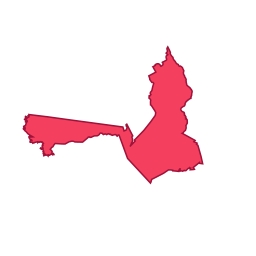 Marín, Nuevo León, Mexico (Natural Earth projection), rotated 229°
{"feature_id": "50627088B14710465846711", "entity_name": "Marín", "entity_type": "district", "adm_level": 2, "iso_a3": "MEX", "parent_name": "Mexico", "parent_adm1": "Nuevo León", "projection": "natural_earth1", "projection_center": [-99.927, 25.886], "detail": "fine", "context": "isolated", "style": "filled", "palette": "rose", "viewbox_px": 256, "rotation_deg": 229, "n_neighbors": 0, "source": "geoboundaries", "source_scale": "gbopen_adm2", "svg_char_len": 5795}
<svg xmlns="http://www.w3.org/2000/svg" viewBox="0 0 256 256"><g transform="rotate(229 128 128)"><path d="M163.1,211.2L162.7,210.0L162.4,209.5L161.7,209.0L160.1,208.2L159.8,207.8L159.6,206.4L159.6,206.1L159.4,205.8L158.9,205.8L157.7,206.2L157.2,206.2L157.1,205.9L157.3,204.8L157.2,203.9L156.3,203.1L155.8,202.7L155.1,202.6L154.5,202.2L154.2,201.9L154.1,201.5L154.1,201.0L154.3,200.4L154.5,199.0L154.9,197.9L155.1,197.0L154.9,196.8L154.4,196.8L154.1,196.9L153.7,196.8L153.4,196.6L153.1,196.3L152.7,195.3L152.8,195.0L152.8,193.8L153.0,193.3L153.4,193.3L154.4,193.6L155.6,193.5L156.5,193.1L157.2,192.4L157.6,191.6L157.9,190.4L157.8,189.7L157.3,189.6L157.9,186.9L157.1,186.9L156.4,186.6L151.9,185.7L153.7,177.9L151.4,177.0L150.4,176.3L149.2,176.1L146.7,175.9L145.8,176.8L144.8,176.7L143.6,174.7L143.1,174.0L143.0,173.8L142.0,172.4L140.9,171.0L140.5,170.2L140.2,168.3L139.4,167.4L138.1,167.2L137.9,165.4L138.5,165.3L138.5,165.1L136.8,163.5L136.5,163.4L135.9,163.7L134.2,163.5L133.0,162.1L130.7,160.2L130.6,160.3L129.6,160.4L126.8,160.0L123.2,159.5L121.4,159.0L119.6,156.8L117.8,149.2L115.8,138.5L114.8,127.1L114.7,124.9L113.5,124.9L112.9,118.7L112.7,117.4L113.1,118.4L113.6,119.5L113.8,120.1L114.4,120.6L114.6,121.7L115.1,122.6L115.9,123.5L116.4,123.7L116.8,124.2L118.6,125.0L118.9,125.6L118.9,126.0L118.9,126.4L131.7,129.6L131.8,128.8L131.5,128.5L130.2,127.8L129.7,127.9L129.2,127.9L128.5,126.9L128.0,125.9L127.7,125.0L127.8,124.6L128.3,123.6L128.4,123.1L132.1,124.8L175.3,86.8L188.7,75.1L203.1,62.1L202.5,61.9L202.4,61.7L202.9,60.7L202.8,60.4L202.6,60.4L202.0,60.7L201.5,60.7L201.4,60.6L201.4,60.2L201.7,59.4L201.9,59.1L202.4,58.6L202.8,58.5L203.3,58.7L203.5,58.6L204.0,58.3L203.9,58.1L203.5,57.6L203.0,57.4L202.7,57.5L201.8,58.4L201.7,58.4L201.6,58.0L201.7,57.3L201.7,57.1L202.1,56.9L202.4,56.5L202.5,55.9L202.5,55.6L202.3,55.5L201.9,55.5L200.5,56.5L200.0,56.7L199.6,56.6L198.9,56.1L198.9,55.9L199.0,55.6L199.9,55.3L200.2,55.1L200.1,54.8L199.8,54.6L199.1,55.1L198.9,55.0L198.5,54.6L198.2,53.9L197.7,53.0L197.4,52.8L197.3,52.0L197.7,50.4L197.6,50.2L197.3,50.1L196.9,50.6L196.6,50.7L196.4,50.7L196.1,50.7L195.6,50.3L195.1,50.1L195.0,49.9L195.2,49.6L195.9,49.7L196.2,49.6L196.4,49.1L196.3,48.8L196.1,48.5L195.9,48.4L195.0,48.4L194.3,48.9L194.1,48.5L193.5,48.4L192.0,48.7L190.4,48.7L189.6,48.6L186.6,49.4L183.7,50.4L185.3,48.2L186.5,48.2L186.3,47.3L184.9,46.8L184.1,46.7L182.6,46.8L182.5,47.3L181.9,47.4L182.4,45.4L181.4,44.8L179.9,46.5L179.0,46.2L178.9,46.8L178.4,47.1L178.5,47.7L176.9,50.8L176.1,50.3L176.1,51.3L175.4,51.7L175.5,52.5L175.1,53.0L174.8,52.8L174.4,53.1L174.5,53.5L174.2,53.8L173.6,53.7L173.5,54.1L171.8,54.0L171.9,53.1L171.7,52.7L170.8,52.6L171.0,51.7L170.4,51.1L169.7,51.2L169.0,50.2L170.3,49.0L170.0,48.4L168.6,48.8L168.4,50.0L168.2,50.4L167.3,49.5L166.5,49.4L166.0,48.5L165.6,48.9L165.0,48.7L164.6,47.4L164.3,47.3L163.6,48.0L163.3,47.9L163.0,46.6L162.2,46.3L162.1,47.4L161.8,48.0L161.9,48.3L161.3,48.2L160.2,49.9L159.9,49.4L159.2,49.3L159.7,50.4L158.9,50.9L158.7,53.1L157.0,53.6L157.1,54.3L156.7,54.7L157.7,55.0L158.8,54.4L159.8,54.7L160.0,55.3L161.0,55.5L162.9,55.3L163.4,57.7L163.1,58.9L163.9,61.3L164.1,62.8L159.4,67.6L157.2,70.0L156.3,74.3L155.0,76.8L154.3,77.6L153.7,78.1L152.4,78.7L150.5,80.7L147.1,84.5L147.0,91.4L147.2,91.7L147.1,92.1L146.8,92.9L145.9,93.1L145.5,93.6L145.5,93.8L145.0,94.4L144.8,95.5L144.0,97.7L143.3,98.4L142.3,99.7L142.1,100.1L141.9,102.1L142.4,103.2L142.2,103.9L141.8,104.3L141.6,104.4L141.2,104.9L140.7,105.0L140.2,105.0L139.2,105.1L139.0,106.0L138.7,106.3L138.5,106.9L138.3,107.1L137.5,107.4L137.1,107.5L136.9,107.6L136.9,108.5L136.5,109.5L136.0,109.6L135.6,109.9L135.5,110.1L135.1,110.1L134.8,110.7L134.1,110.8L133.8,110.7L132.6,111.6L132.5,112.2L132.1,112.7L131.7,113.6L131.5,114.0L130.7,114.5L129.6,114.3L128.9,114.5L128.9,114.8L129.2,115.8L129.2,116.0L128.5,116.6L105.3,107.7L71.7,108.8L72.2,110.0L73.7,112.1L70.5,125.3L69.8,131.2L68.9,132.0L68.5,132.6L66.7,134.1L66.3,133.7L63.3,136.6L62.2,137.5L63.0,139.5L63.2,140.2L62.9,140.5L61.3,138.9L61.0,139.7L60.2,140.5L59.4,141.0L59.4,142.0L59.2,142.3L59.0,142.7L58.8,142.6L58.6,142.7L57.8,143.8L58.0,146.8L57.7,147.5L57.7,147.8L57.5,147.6L56.7,148.9L55.7,147.5L53.6,150.3L53.2,151.0L55.4,151.4L55.1,159.1L54.6,158.6L52.0,160.9L58.5,164.4L68.9,169.3L69.3,169.4L70.7,169.0L71.2,170.2L71.7,170.0L74.4,168.7L74.6,170.5L88.5,165.4L88.2,166.6L88.6,168.0L88.6,168.7L88.5,169.5L88.5,169.8L89.0,170.4L89.4,171.3L90.0,172.0L90.7,172.6L91.9,173.3L91.9,173.5L92.0,174.0L92.5,175.0L92.6,175.7L93.0,175.9L93.5,176.7L94.3,177.1L95.0,177.8L95.7,178.1L96.4,177.8L96.3,178.0L96.6,178.2L98.1,178.3L98.3,178.4L98.2,178.8L98.6,179.1L98.9,179.1L100.1,179.3L100.3,179.2L100.5,179.0L101.1,179.5L101.4,179.6L101.5,179.9L102.0,179.9L102.7,180.5L103.2,180.5L103.9,180.2L105.0,179.6L105.9,179.7L106.6,179.7L107.6,180.1L108.0,180.9L108.2,181.4L108.1,183.3L107.7,184.7L107.7,185.3L108.2,186.4L109.1,187.2L109.3,187.9L109.4,188.3L109.8,189.1L109.8,189.5L109.7,189.8L109.7,190.5L109.9,191.0L109.6,191.9L109.6,193.8L109.3,194.5L109.1,194.7L109.1,195.0L109.3,195.3L110.1,195.7L110.2,196.2L110.5,196.5L110.7,197.2L111.0,197.5L112.8,199.4L113.1,200.1L114.5,200.9L115.2,200.8L115.3,200.8L115.4,201.0L115.8,201.1L116.8,201.0L117.5,201.2L119.3,200.9L120.8,200.6L122.0,200.6L123.4,201.5L124.2,201.8L125.3,202.7L125.9,203.0L126.3,203.6L127.8,204.2L128.3,204.2L129.0,204.4L129.5,204.3L130.2,204.9L132.1,205.2L133.6,206.3L133.9,206.9L134.2,207.1L134.6,207.7L135.7,208.0L136.0,208.1L136.6,208.2L137.8,208.7L138.8,208.6L140.1,208.3L140.5,208.1L140.8,207.4L141.6,207.2L142.5,207.4L142.8,207.6L143.3,207.5L144.6,206.9L145.9,207.0L147.3,207.3L149.4,207.3L150.1,207.4L151.2,207.8L151.8,208.3L153.2,208.1L154.2,208.3L154.9,208.3L155.6,208.4L156.4,208.7L157.3,209.6L159.5,210.3L163.1,211.2Z" fill="#f43f5e" stroke="#9f1239" stroke-width="1.5"/></g></svg>